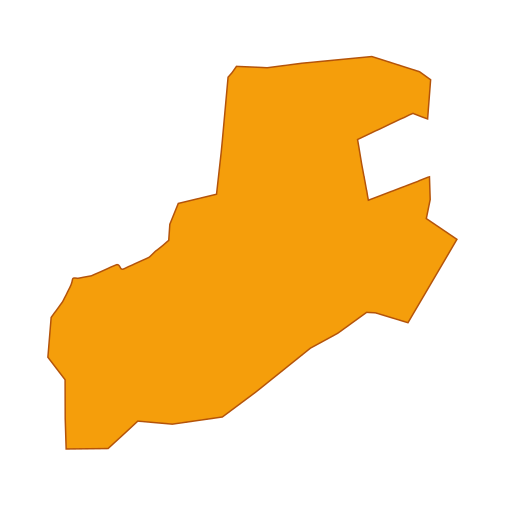 the district of Bayan, Töv, Mongolia, rotated 95°
{"feature_id": "93677404B58656077774503", "entity_name": "Bayan", "entity_type": "district", "adm_level": 2, "iso_a3": "MNG", "parent_name": "Mongolia", "parent_adm1": "Töv", "projection": "natural_earth1", "projection_center": [107.657, 47.138], "detail": "fine", "context": "isolated", "style": "filled", "palette": "amber", "viewbox_px": 512, "rotation_deg": 95, "n_neighbors": 0, "source": "geoboundaries", "source_scale": "gbopen_adm2", "svg_char_len": 2115}
<svg xmlns="http://www.w3.org/2000/svg" viewBox="0 0 512 512"><g transform="rotate(95 256 256)"><path d="M247.2,69.3L221.9,57.3L203.9,89.6L184.6,87.4L162.0,90.1L162.6,91.7L165.2,96.9L166.6,99.7L167.3,100.9L167.5,101.1L169.5,105.4L171.0,108.5L174.4,115.5L175.4,117.6L179.3,125.5L179.9,126.9L180.0,127.2L180.2,127.4L180.3,127.7L185.1,137.5L189.5,146.6L189.8,147.3L190.1,147.8L190.6,148.6L190.7,148.9L186.8,150.0L181.3,151.4L180.2,151.8L175.4,153.1L171.0,154.3L170.8,154.4L170.7,154.4L169.7,154.7L169.2,154.8L167.7,155.2L167.3,155.3L167.1,155.4L166.6,155.6L166.0,155.8L165.8,155.8L155.0,158.8L141.0,162.4L138.6,163.0L131.1,165.0L121.1,148.1L120.7,147.4L120.2,146.4L118.5,143.4L113.2,134.6L110.6,130.1L107.2,124.4L105.1,120.4L102.1,115.6L100.2,112.0L100.6,110.9L103.1,102.3L104.5,97.0L65.2,97.4L58.2,109.1L55.7,120.2L49.3,148.5L47.2,158.0L60.0,227.3L67.5,261.3L67.7,267.4L68.8,292.0L75.4,295.8L80.3,299.4L144.6,299.6L155.5,299.7L197.9,300.7L210.4,338.0L231.9,344.6L248.0,344.3L249.8,346.1L253.6,349.7L255.9,352.1L257.9,354.2L258.9,355.3L259.9,356.5L265.6,361.4L266.3,362.1L266.6,362.4L267.2,363.4L268.7,366.0L270.4,369.1L272.2,372.3L274.5,376.4L275.5,378.0L277.7,382.1L280.0,385.9L280.7,387.3L280.8,387.7L280.8,388.2L280.7,388.7L280.4,389.4L279.9,389.8L279.3,390.2L278.6,390.7L277.9,391.2L277.4,391.7L277.0,392.2L276.8,392.7L276.7,393.2L276.7,393.8L277.0,394.5L278.1,396.6L279.7,399.7L281.3,402.4L283.0,405.4L285.4,409.7L288.3,415.1L290.1,418.3L290.5,419.8L291.4,423.1L292.3,426.4L292.7,427.7L293.6,430.9L293.8,431.9L293.7,433.1L293.7,434.6L293.8,435.2L294.0,436.0L294.4,436.4L295.0,436.7L295.6,436.8L297.5,437.0L299.4,437.4L301.0,437.8L303.8,438.8L306.2,439.8L307.8,440.4L307.9,440.5L308.0,440.5L311.7,441.9L315.2,443.4L315.6,443.5L316.3,443.8L318.7,444.8L318.8,444.9L321.6,446.6L325.0,448.6L328.5,450.7L330.0,451.7L333.7,453.9L334.4,454.3L335.0,454.7L336.0,454.7L375.0,454.5L395.9,435.4L434.5,431.9L464.8,428.3L460.7,386.6L440.8,368.4L430.8,359.4L430.8,324.7L419.3,275.5L391.4,244.2L343.0,193.7L325.8,167.8L302.5,140.9L302.2,132.1L309.2,98.8L247.2,69.3Z" fill="#f59e0b" stroke="#b45309" stroke-width="1.5"/></g></svg>